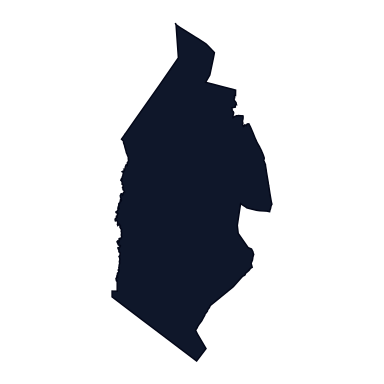 outline of Kajiado West, Rift Valley, Kenya
{"feature_id": "3690345B61385295322660", "entity_name": "Kajiado West", "entity_type": "district", "adm_level": 2, "iso_a3": "KEN", "parent_name": "Kenya", "parent_adm1": "Rift Valley", "projection": "equal_earth", "projection_center": [36.295, -1.696], "detail": "fine", "context": "isolated", "style": "filled", "palette": "ink", "viewbox_px": 384, "rotation_deg": 0, "n_neighbors": 0, "source": "geoboundaries", "source_scale": "gbopen_adm2", "svg_char_len": 5940}
<svg xmlns="http://www.w3.org/2000/svg" viewBox="0 0 384 384"><path d="M269.6,211.7L270.0,209.9L270.5,208.7L271.0,206.1L271.6,204.7L271.9,204.3L271.8,203.8L271.7,203.1L271.5,202.7L271.0,200.0L269.8,192.9L268.9,186.9L268.8,186.3L268.8,185.7L268.6,185.1L268.3,183.5L268.2,182.4L266.2,170.5L266.3,170.2L266.2,170.0L265.5,165.7L265.5,164.8L264.1,161.3L263.7,160.8L263.7,160.5L264.2,158.6L264.2,157.9L263.3,155.2L262.1,152.2L261.7,151.6L261.6,151.0L260.3,148.4L259.9,147.7L259.5,146.7L258.0,144.2L256.7,141.8L256.2,140.5L255.1,138.2L253.0,132.9L250.5,127.1L248.8,123.8L247.9,124.1L247.3,123.9L246.6,124.8L246.5,125.1L246.2,125.6L245.1,124.9L244.9,124.8L244.7,125.1L244.5,125.8L244.0,126.4L243.4,126.6L243.3,126.4L243.4,125.6L243.2,125.3L242.6,125.1L242.4,124.8L242.6,124.4L242.6,123.5L242.9,123.2L242.6,122.0L242.5,121.6L242.6,120.2L243.0,119.0L243.1,116.7L242.9,115.8L241.8,115.8L240.8,115.7L240.2,115.8L239.8,115.6L239.4,115.7L239.0,115.7L238.6,115.5L238.2,115.6L237.0,115.8L236.5,115.7L235.8,116.2L235.1,116.2L234.9,116.5L233.2,117.6L233.1,116.4L233.0,115.5L233.6,113.4L233.6,112.4L233.2,111.6L232.3,110.8L232.1,110.2L232.1,109.2L231.8,107.8L235.3,107.1L235.3,104.9L236.5,104.8L236.2,104.0L236.2,103.0L235.2,101.4L234.5,100.9L234.4,100.2L233.9,99.0L233.9,98.7L234.6,98.0L234.6,97.1L234.4,96.7L234.5,95.6L235.5,95.6L235.6,90.1L205.6,82.3L207.8,78.5L209.8,75.0L213.3,58.5L214.0,54.9L214.4,52.6L208.5,46.4L206.1,44.0L198.2,38.8L195.0,36.9L179.7,27.3L176.1,24.7L175.3,23.0L176.1,25.2L178.4,57.8L159.2,85.6L135.1,119.8L125.6,133.4L125.5,133.7L125.3,133.7L124.9,134.2L124.5,135.0L121.5,139.2L123.3,140.8L123.5,141.6L123.6,142.9L124.6,145.6L124.8,146.8L125.9,150.6L126.3,152.4L126.7,153.5L127.1,154.2L127.5,155.4L128.2,156.9L128.3,157.4L128.3,159.3L128.6,160.0L128.5,160.3L128.5,160.6L128.1,161.9L127.4,162.5L127.2,165.4L126.4,164.8L126.2,164.8L125.5,166.4L125.3,166.9L125.2,168.1L124.8,169.0L124.6,169.5L124.1,169.4L124.2,169.6L124.2,170.1L124.5,170.8L124.3,171.1L123.9,171.3L123.6,171.2L123.5,171.6L122.8,171.3L122.1,171.7L122.3,171.9L123.1,172.1L123.4,172.6L123.4,173.2L123.1,173.9L122.8,175.8L122.3,176.9L122.1,177.9L121.7,178.4L122.1,178.7L122.1,179.0L121.9,179.1L121.4,179.1L121.1,179.4L121.0,179.7L121.0,179.9L121.2,180.0L120.9,180.4L121.0,180.5L121.3,180.6L121.4,180.8L121.7,181.0L121.8,181.5L122.3,182.6L122.1,183.1L122.1,183.9L122.3,183.8L122.5,184.0L122.7,184.7L123.1,184.9L123.2,185.3L123.2,185.8L123.1,187.3L122.9,187.4L122.6,187.3L122.5,187.5L122.5,187.8L123.2,188.6L123.4,189.0L123.1,189.4L123.0,189.6L123.1,189.8L123.8,190.2L124.1,190.6L124.3,191.2L124.3,191.7L124.5,192.0L123.9,192.2L123.3,193.0L123.1,193.3L123.1,193.7L123.2,193.9L123.1,194.2L122.9,194.4L122.8,195.0L122.7,195.1L122.1,194.1L121.6,193.8L121.3,193.7L121.1,193.8L120.9,194.2L120.8,194.9L120.7,195.0L120.3,195.4L120.3,196.1L120.6,197.6L120.8,197.9L121.2,198.2L121.2,199.2L121.4,199.9L121.4,200.6L121.1,201.0L120.9,201.1L120.4,200.3L120.2,201.5L120.0,202.0L120.0,202.5L119.7,203.0L119.2,203.2L118.9,203.5L118.8,204.1L118.8,205.6L118.3,206.4L118.3,206.7L118.9,208.1L119.0,208.4L118.9,208.7L118.7,208.7L118.1,208.1L117.9,208.1L118.0,209.1L118.0,209.9L117.3,211.0L117.0,211.2L116.9,211.5L116.1,211.9L115.9,212.0L116.1,212.6L117.0,213.1L117.7,213.1L117.8,213.2L117.8,213.5L118.0,213.8L117.5,214.2L117.4,215.1L117.3,215.8L116.9,215.9L116.4,216.2L116.4,216.6L116.5,216.8L117.0,217.0L117.1,217.3L116.2,217.9L115.9,218.3L115.5,218.5L115.4,218.8L115.2,219.0L115.1,219.9L115.3,220.2L115.3,220.6L115.4,220.9L115.8,220.8L116.0,220.5L116.3,220.3L116.6,220.5L117.2,221.1L117.5,221.3L117.6,221.6L117.7,223.4L117.8,223.8L117.6,223.9L117.4,224.2L117.8,225.5L118.9,224.7L119.0,224.4L119.3,224.1L119.5,224.3L120.0,225.9L120.4,226.1L120.3,226.7L120.0,226.9L119.9,227.0L120.1,227.4L120.4,228.0L120.7,228.5L121.2,228.8L121.4,229.1L121.3,229.4L121.5,229.5L121.4,230.2L121.2,231.3L121.7,233.2L121.4,233.9L121.3,235.1L121.5,236.0L121.8,236.3L121.9,236.6L121.1,237.8L120.8,238.5L120.6,238.8L120.3,238.7L119.9,238.4L119.3,238.5L119.1,238.7L119.0,239.2L119.4,240.3L119.2,241.1L119.3,241.8L118.9,242.5L118.6,242.3L118.5,241.6L118.4,241.4L118.4,241.2L118.2,240.8L117.8,240.8L117.4,241.3L117.2,241.4L117.0,241.7L117.4,242.7L117.7,243.2L117.8,243.5L118.1,243.9L118.3,244.5L118.2,244.7L118.4,244.9L118.9,245.0L119.1,245.4L119.7,245.8L120.2,245.5L120.4,245.6L120.3,246.5L120.1,246.8L119.7,247.1L118.9,247.4L118.5,247.7L118.0,247.7L118.0,247.9L118.0,248.2L118.2,248.3L118.1,248.7L118.2,248.9L118.5,249.0L118.6,249.5L119.1,249.3L119.1,250.4L118.9,251.1L118.9,251.4L119.1,251.5L119.1,252.0L119.8,252.3L120.2,253.8L120.1,254.5L119.9,255.1L119.8,255.9L119.4,256.2L119.0,256.4L119.0,256.6L119.5,257.3L119.9,259.3L119.5,261.1L119.4,261.4L119.6,261.7L119.5,261.9L119.7,262.4L119.5,262.7L119.7,263.5L119.6,263.8L119.3,264.5L119.2,265.5L119.1,265.8L119.1,266.4L118.8,267.8L119.0,268.4L118.9,269.8L118.8,270.0L118.6,269.7L118.3,269.8L118.2,270.0L118.4,270.6L119.0,271.2L118.0,273.3L117.8,272.9L117.6,273.0L117.4,273.8L117.5,274.9L117.3,275.5L117.5,276.5L117.5,276.8L116.9,276.2L116.7,277.5L116.3,278.0L116.4,279.1L116.4,279.3L116.1,279.2L116.4,280.8L116.6,281.0L117.1,280.9L117.2,281.2L117.2,291.2L112.1,291.1L112.1,296.9L142.3,319.9L154.4,329.0L196.6,361.0L206.0,348.6L197.4,334.0L195.6,330.4L196.3,329.0L197.0,328.1L197.8,326.3L199.2,324.1L200.1,323.0L201.8,320.7L202.6,319.1L204.8,315.1L204.9,314.5L205.3,313.7L205.8,313.2L207.4,311.1L207.6,310.0L208.4,308.8L209.2,307.9L210.3,305.5L233.3,286.7L242.0,276.9L243.1,276.0L244.7,275.2L245.1,274.7L245.5,273.3L246.1,272.9L249.1,270.3L249.1,269.8L249.6,269.6L250.1,268.7L250.3,268.7L251.1,267.9L252.2,267.3L251.2,263.7L251.2,262.6L251.9,261.7L252.0,260.9L252.4,260.3L252.7,258.5L252.8,257.4L253.7,254.3L253.3,253.5L252.8,251.4L252.6,251.2L251.5,249.0L248.1,247.6L238.2,233.4L237.3,225.4L239.7,209.3L240.6,203.6L243.7,205.7L245.5,206.8L246.7,207.8L248.8,208.4L256.6,210.3L259.5,210.7L266.7,211.1L269.6,211.7Z" fill="#0f172a" stroke="#020617" stroke-width="1.5"/></svg>